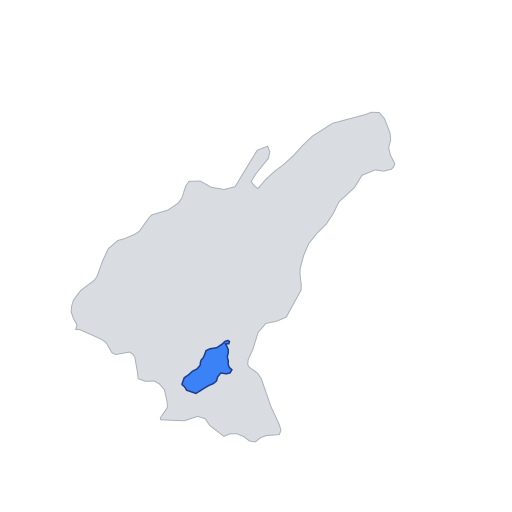 Bahoruco highlighted on a map of Dominican Republic, rotated 306°
{"feature_id": "DOM-1969", "entity_name": "Bahoruco", "entity_type": "Province", "adm_level": 1, "iso_a3": "DOM", "parent_name": "Dominican Republic", "parent_adm1": "", "projection": "albers", "projection_center": [-71.289, 18.493], "detail": "fine", "context": "in_parent", "style": "filled", "palette": "blue", "viewbox_px": 512, "rotation_deg": 306, "n_neighbors": 0, "source": "natural_earth", "source_scale": "10m", "svg_char_len": 2079}
<svg xmlns="http://www.w3.org/2000/svg" viewBox="0 0 512 512"><g transform="rotate(306 256 256)"><path d="M91.2,335.9L91.7,318.0L94.5,310.7L92.0,303.1L80.6,294.9L73.6,284.4L67.5,275.1L68.9,273.7L81.3,273.4L85.6,270.0L94.0,260.5L95.7,252.9L95.0,247.1L89.6,240.2L87.5,232.9L94.2,226.5L103.0,217.3L104.2,213.7L104.0,210.2L93.8,200.4L93.1,196.2L97.9,185.6L97.5,178.6L92.8,156.7L90.6,153.4L95.1,151.6L98.1,145.1L102.1,139.3L107.3,136.2L113.3,134.2L125.1,134.4L141.5,139.5L146.2,139.4L161.9,134.8L175.0,132.2L187.3,135.1L192.2,139.0L202.4,145.2L207.5,147.1L223.6,146.9L228.0,147.5L241.5,157.8L252.9,161.9L259.4,162.0L271.2,158.0L277.1,158.0L283.9,166.9L285.3,179.5L291.0,191.0L299.7,198.3L342.2,194.8L351.7,200.8L348.5,205.9L342.5,208.6L322.3,207.6L313.5,208.3L311.7,213.3L311.7,217.9L323.6,218.9L335.2,221.2L347.1,224.8L359.1,227.2L372.7,228.7L386.1,231.2L408.5,240.0L433.4,260.3L440.1,264.9L444.5,271.3L442.6,279.3L434.0,292.5L429.0,296.8L421.8,299.5L416.9,304.9L412.2,314.1L409.3,314.9L405.8,314.6L399.8,309.5L395.5,301.6L383.5,294.3L369.3,295.4L348.4,291.3L335.8,293.5L323.2,294.1L310.3,292.0L297.3,291.3L284.3,294.3L271.8,299.1L267.2,302.2L259.1,309.7L254.9,312.5L224.3,316.4L215.4,311.0L207.2,303.6L195.4,302.6L178.4,308.4L167.7,310.5L163.4,313.0L162.1,315.8L162.1,326.2L159.7,332.6L143.0,356.5L133.6,373.4L129.7,378.7L125.2,379.8L117.0,370.1L111.8,366.5L105.3,364.8L102.5,359.6L102.7,352.3L101.0,345.1L97.0,339.6L91.2,335.9Z" fill="#d9dde1" stroke="#a8b0b8" stroke-width="1"/><path d="M131.7,297.5L127.7,296.5L124.0,294.2L120.0,292.4L109.5,288.2L106.6,278.7L107.7,276.5L108.4,274.0L108.3,272.6L108.8,271.4L112.1,270.4L115.4,269.5L120.3,271.3L125.4,272.3L130.0,274.7L135.0,275.0L137.2,273.6L139.6,272.8L142.4,273.1L145.3,272.6L150.1,271.2L153.9,273.3L158.8,278.2L165.2,280.5L168.5,281.0L171.2,282.9L171.2,284.8L169.0,285.6L167.0,283.0L165.6,285.9L164.0,288.5L161.3,290.5L158.2,291.7L156.5,293.0L155.4,294.8L153.7,296.0L152.0,297.1L150.2,299.9L149.8,303.4L146.1,303.7L143.3,301.3L140.6,296.3L135.7,296.0L131.7,297.5Z" fill="#3b82f6" stroke="#1e3a8a" stroke-width="1.5"/></g></svg>